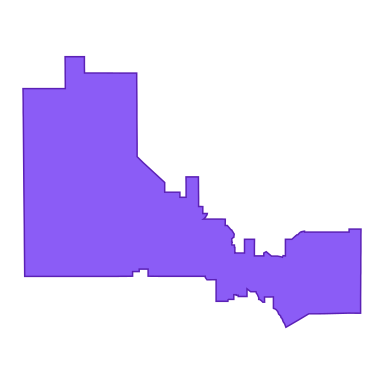 outline of Central Desert, Northern Territory, Australia
{"feature_id": "25037944B81249572637263", "entity_name": "Central Desert", "entity_type": "district", "adm_level": 2, "iso_a3": "AUS", "parent_name": "Australia", "parent_adm1": "Northern Territory", "projection": "robinson", "projection_center": [134.79, -21.072], "detail": "fine", "context": "isolated", "style": "filled", "palette": "violet", "viewbox_px": 384, "rotation_deg": 0, "n_neighbors": 0, "source": "geoboundaries", "source_scale": "gbopen_adm2", "svg_char_len": 5028}
<svg xmlns="http://www.w3.org/2000/svg" viewBox="0 0 384 384"><path d="M361.0,229.1L349.1,229.1L349.1,232.1L336.1,232.1L331.3,232.1L324.3,232.1L312.6,232.1L304.5,232.1L304.5,231.3L304.5,231.2L304.1,231.3L303.9,231.3L303.5,231.3L303.1,231.3L302.9,231.4L302.4,231.6L302.2,231.6L302.0,231.8L301.9,231.9L301.8,232.0L301.7,231.9L301.3,231.7L300.1,232.4L299.9,232.6L299.6,232.9L299.4,233.1L299.1,233.3L298.7,233.8L298.3,234.2L298.1,234.5L297.9,234.7L297.6,234.8L297.2,234.8L296.9,234.8L296.2,235.4L296.0,235.6L295.8,235.7L295.8,235.8L295.6,235.9L295.5,236.1L295.4,236.1L295.0,236.4L294.9,236.5L294.4,237.0L294.0,237.3L293.2,238.1L292.7,238.5L292.3,238.9L291.8,239.3L285.4,239.3L285.4,243.3L285.4,255.9L283.1,255.6L282.4,257.3L281.1,256.8L277.6,256.1L273.5,256.1L271.5,256.1L266.2,251.7L263.8,253.0L263.8,254.1L263.8,255.9L258.1,255.9L254.4,255.9L254.4,252.1L254.4,250.5L254.4,250.4L254.4,247.5L254.5,239.3L253.5,239.3L244.5,239.3L244.5,252.1L244.5,253.0L241.9,253.0L234.8,253.0L234.9,252.4L235.1,252.2L234.8,251.9L234.8,251.5L234.8,251.2L234.8,250.9L234.8,250.6L234.9,250.2L234.9,249.9L234.9,249.5L234.9,248.8L234.9,247.5L234.5,247.5L234.4,245.0L233.8,245.0L231.5,245.0L231.2,245.0L231.3,245.0L231.6,244.7L231.8,244.0L231.8,243.6L232.1,242.9L232.3,242.4L232.3,242.1L232.1,242.0L231.9,241.9L231.6,241.8L231.9,240.3L231.8,239.8L231.7,238.8L232.5,238.2L233.0,237.6L233.8,237.4L234.2,234.1L231.6,229.9L231.0,229.8L227.3,225.5L225.2,225.5L225.3,219.2L222.2,219.1L219.4,219.1L219.1,219.1L215.4,219.1L203.5,219.1L204.2,218.6L205.1,217.5L205.5,217.3L205.7,217.1L205.8,216.4L206.5,215.6L207.0,214.8L207.3,213.5L204.6,213.5L203.3,213.5L203.1,213.5L202.8,213.5L202.8,206.6L200.3,206.5L198.6,206.5L198.6,198.3L198.5,188.6L198.5,185.5L198.4,176.9L197.8,176.9L186.0,176.9L186.1,184.3L186.1,189.7L186.1,197.3L179.9,197.3L179.9,192.2L176.5,192.2L164.7,192.2L164.7,189.2L164.7,182.5L155.7,174.2L146.7,165.9L143.1,162.6L137.1,156.7L137.1,145.5L137.1,143.5L137.0,130.8L136.9,118.0L136.9,106.3L136.9,105.2L136.8,92.4L136.7,79.7L136.7,73.1L125.1,73.1L122.5,73.1L103.8,73.0L90.2,73.0L85.2,73.0L84.5,73.0L84.4,66.7L84.4,56.7L76.7,56.7L72.8,56.7L65.1,56.7L65.2,67.2L65.2,69.4L65.2,72.1L65.3,84.9L65.3,88.6L39.5,88.6L34.7,88.6L31.6,88.6L31.4,88.6L23.0,88.6L23.1,94.6L23.2,103.1L23.2,106.9L23.2,111.6L23.2,112.7L23.3,117.2L23.9,188.8L24.0,198.9L24.3,226.4L24.4,242.9L24.7,276.4L41.0,276.4L62.7,276.4L73.7,276.4L84.7,276.4L87.8,276.4L99.7,276.4L105.2,276.4L111.0,276.4L117.1,276.4L120.7,276.3L126.1,276.3L132.6,276.2L132.6,271.6L133.1,271.6L139.2,271.6L139.2,269.1L148.1,269.1L148.1,276.2L160.0,276.3L162.6,276.3L163.4,276.3L167.4,276.3L173.2,276.3L175.4,276.3L186.7,276.3L193.4,276.3L196.8,276.3L201.5,276.3L203.0,276.3L205.3,276.3L205.3,277.5L207.0,279.8L216.1,279.7L216.1,279.8L216.1,286.2L216.1,286.8L216.1,289.2L216.1,301.3L223.4,301.3L224.6,301.3L227.9,301.3L227.9,300.7L228.0,300.1L228.0,299.9L228.6,299.4L233.8,299.4L233.8,298.1L233.8,294.7L236.3,294.7L236.3,295.3L238.2,295.3L238.2,295.8L238.2,296.5L238.6,296.5L239.7,296.5L240.0,296.5L244.2,296.5L247.0,296.5L247.0,296.3L247.0,288.8L250.6,291.7L253.5,291.7L256.0,291.7L256.1,292.0L256.2,292.5L256.3,292.8L256.4,293.2L256.5,293.5L257.2,294.2L257.3,294.4L257.5,294.7L257.6,295.0L257.7,295.4L257.9,295.7L258.1,296.3L258.3,296.6L258.4,296.8L258.5,297.1L258.7,297.4L258.7,299.4L259.5,299.4L259.6,299.5L260.3,300.0L260.6,300.2L260.8,300.3L261.1,300.5L261.3,300.7L261.5,300.9L262.2,301.5L262.8,302.2L263.1,302.2L264.6,302.2L264.5,297.0L268.7,297.0L269.3,297.0L273.4,296.9L273.4,308.3L273.5,308.4L273.7,308.5L274.0,308.5L274.3,308.6L274.6,308.7L274.8,308.8L275.0,309.0L275.5,309.2L275.7,309.3L275.8,309.5L276.2,309.7L276.4,309.9L276.5,310.0L276.8,310.4L276.9,310.5L277.1,310.8L277.2,311.0L277.4,311.1L277.7,311.4L277.8,311.5L277.9,311.9L277.9,312.0L278.0,312.4L278.2,312.7L278.3,312.8L278.3,313.0L278.4,313.3L278.5,313.4L278.5,313.5L278.5,313.8L278.7,314.1L278.9,314.3L279.1,314.5L279.5,314.8L279.8,315.1L280.0,315.4L280.0,315.5L280.3,315.7L280.5,315.8L280.7,316.1L280.8,316.3L280.8,316.8L280.8,317.0L281.1,317.6L281.2,317.8L281.4,317.9L281.8,318.2L281.9,318.3L282.0,318.5L282.1,319.0L282.3,319.2L282.6,319.4L282.6,319.5L282.6,320.0L282.7,320.4L282.7,320.5L282.8,320.7L282.9,320.8L282.9,321.0L283.1,321.3L283.2,321.6L283.4,321.9L283.4,322.0L283.5,322.1L283.6,322.4L283.7,322.5L283.9,322.8L284.1,323.0L284.3,323.2L284.5,323.7L284.7,324.0L284.8,324.3L285.0,324.9L285.1,325.2L285.3,325.5L285.5,326.2L285.6,326.3L285.6,326.5L285.7,326.8L285.8,326.9L285.8,327.1L285.9,327.3L287.8,326.2L298.3,320.1L308.8,313.8L317.5,313.8L324.8,313.7L336.8,313.4L348.8,313.1L360.4,313.2L360.6,313.2L360.6,304.0L360.6,298.0L360.7,282.6L360.7,280.0L360.7,278.2L360.7,276.9L360.7,276.3L360.7,275.4L360.8,273.1L360.8,272.5L360.8,270.0L360.8,268.2L360.8,267.2L360.8,266.8L360.8,266.2L360.8,265.6L360.8,265.4L360.8,264.9L360.8,264.3L360.8,258.7L360.8,257.4L360.9,251.7L360.9,249.2L360.9,248.6L360.9,247.7L360.9,246.7L360.9,246.1L360.9,244.7L360.9,235.4L361.0,229.7L361.0,229.1Z" fill="#8b5cf6" stroke="#5b21b6" stroke-width="1.5"/></svg>